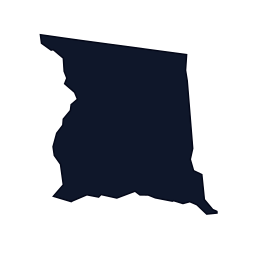 outline of Montgomery, North Carolina, United States of America, rotated 9°
{"feature_id": "52423323B62782413793554", "entity_name": "Montgomery", "entity_type": "district", "adm_level": 2, "iso_a3": "USA", "parent_name": "United States of America", "parent_adm1": "North Carolina", "projection": "mercator", "projection_center": [-79.888, 35.324], "detail": "fine", "context": "isolated", "style": "filled", "palette": "ink", "viewbox_px": 256, "rotation_deg": 9, "n_neighbors": 0, "source": "geoboundaries", "source_scale": "gbopen_adm2", "svg_char_len": 846}
<svg xmlns="http://www.w3.org/2000/svg" viewBox="0 0 256 256"><g transform="rotate(9 128 128)"><path d="M68.1,48.9L47.4,49.3L46.0,49.3L26.9,49.6L29.3,57.8L39.9,63.1L41.9,62.3L53.2,69.1L56.1,82.0L59.8,88.3L58.5,94.2L69.7,101.1L73.6,107.5L68.2,113.8L68.4,119.7L62.7,129.3L63.2,135.4L58.4,144.3L56.9,158.2L59.5,166.6L67.0,174.3L73.0,194.2L65.0,207.1L83.5,209.6L84.8,208.5L85.0,208.4L97.8,200.4L109.8,200.8L111.7,197.9L127.9,198.9L144.8,189.3L150.2,192.2L158.5,191.0L165.9,192.7L183.2,193.3L183.7,193.1L184.4,192.6L194.1,194.0L200.6,191.1L208.0,193.0L219.2,200.7L229.1,198.1L228.9,197.5L229.1,197.5L229.1,197.4L228.9,197.3L228.9,197.1L229.0,196.9L228.8,196.5L228.7,196.4L224.4,195.3L214.6,186.7L208.2,162.5L199.4,159.9L194.4,149.2L195.1,138.1L179.1,72.1L175.8,62.0L174.4,46.4L68.1,48.9Z" fill="#0f172a" stroke="#020617" stroke-width="1.5"/></g></svg>